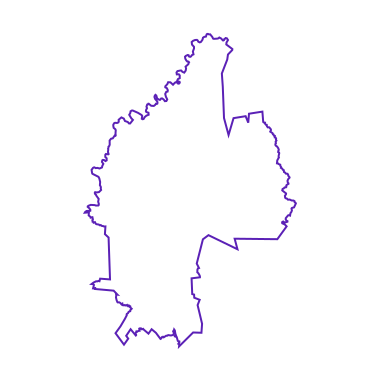 the district of Concordia, Sinaloa, Mexico, rotated 6°
{"feature_id": "50627088B76854514222016", "entity_name": "Concordia", "entity_type": "district", "adm_level": 2, "iso_a3": "MEX", "parent_name": "Mexico", "parent_adm1": "Sinaloa", "projection": "natural_earth1", "projection_center": [-106.025, 23.421], "detail": "fine", "context": "isolated", "style": "outline", "palette": "violet", "viewbox_px": 384, "rotation_deg": 6, "n_neighbors": 0, "source": "geoboundaries", "source_scale": "gbopen_adm2", "svg_char_len": 6016}
<svg xmlns="http://www.w3.org/2000/svg" viewBox="0 0 384 384"><g transform="rotate(6 192 192)"><path d="M260.6,119.8L259.6,118.7L259.3,117.4L258.5,117.4L257.5,116.4L257.2,116.0L257.3,115.4L256.0,115.3L255.5,114.9L253.6,104.7L240.5,108.2L240.7,117.2L237.4,111.0L225.6,114.2L222.4,131.5L216.1,115.1L211.6,84.0L209.3,71.0L213.2,56.6L213.4,51.5L217.2,46.6L217.2,45.6L210.7,41.7L210.7,39.7L211.9,37.1L210.6,35.5L209.3,35.4L208.9,36.1L208.2,36.4L208.0,37.5L207.4,38.0L206.8,38.0L205.0,36.3L203.0,35.5L202.2,36.4L201.2,36.8L197.7,37.4L196.9,37.2L196.0,35.7L193.6,33.3L192.5,33.5L191.4,33.1L190.6,33.2L190.1,33.7L189.6,36.0L188.0,36.4L186.8,37.4L186.5,39.5L185.2,41.8L184.1,42.4L182.6,41.9L181.7,40.6L181.0,40.2L179.2,40.5L177.3,41.5L176.0,42.9L176.6,45.4L178.8,47.4L179.0,49.0L178.2,52.2L179.1,55.0L177.7,55.8L176.8,57.3L176.0,57.8L174.8,57.5L174.3,56.3L173.4,56.2L171.6,57.3L170.9,58.2L171.4,60.1L172.6,61.8L173.7,62.7L174.9,62.7L175.5,63.3L175.2,63.8L175.1,65.0L174.7,65.6L172.5,68.0L173.2,69.8L173.0,72.0L171.8,74.1L169.9,73.5L168.6,72.3L167.7,72.4L164.9,73.3L164.1,74.8L164.6,76.6L166.6,76.3L167.6,77.3L167.9,80.1L166.2,81.2L165.8,82.3L166.5,83.6L168.1,83.7L168.4,84.3L168.2,85.0L167.8,85.5L166.9,85.7L164.9,84.1L164.3,84.8L163.6,85.0L161.9,87.3L159.1,85.2L156.8,85.3L156.2,87.3L154.4,89.7L154.5,90.7L156.2,91.4L157.3,93.3L157.2,94.7L155.9,95.1L155.1,97.3L156.1,100.0L157.7,102.5L157.0,104.2L155.5,104.5L154.3,103.1L152.7,102.1L151.6,102.2L150.6,103.7L149.9,103.7L147.6,102.7L146.4,99.8L145.5,99.2L144.9,100.1L144.7,101.4L145.6,103.3L147.7,105.3L148.3,106.3L148.3,107.7L147.8,108.1L146.9,108.0L146.3,109.2L145.0,110.4L142.4,110.5L139.7,108.7L139.3,108.8L139.2,109.4L138.3,109.7L137.8,111.9L138.5,113.3L137.8,115.1L137.7,116.4L138.2,117.2L140.4,117.7L140.8,119.7L138.7,120.8L137.1,122.5L136.2,124.5L135.1,124.8L134.4,124.4L134.5,121.5L133.8,120.7L130.0,118.9L124.7,117.2L123.8,117.2L122.5,118.1L122.3,120.1L121.5,121.8L123.9,125.0L125.7,126.5L123.3,130.3L122.2,130.4L120.8,129.1L117.9,128.4L116.5,126.1L114.0,125.2L111.5,127.8L111.8,129.6L111.5,130.5L110.2,131.2L108.3,131.2L107.4,131.7L106.7,133.3L106.8,134.4L107.4,136.4L109.2,137.6L109.7,138.5L109.8,141.7L110.2,143.8L110.0,144.1L109.3,143.8L107.6,146.9L105.9,147.5L104.7,149.4L105.2,153.6L104.9,154.8L104.2,155.7L104.3,156.8L104.0,157.7L104.3,158.7L104.2,160.9L105.1,163.0L104.8,163.3L102.4,163.2L101.9,164.0L102.1,166.2L103.6,167.4L103.8,169.5L102.7,170.3L101.2,169.4L100.0,169.4L99.5,169.8L99.3,171.5L100.9,173.3L100.1,175.3L99.9,177.0L97.6,178.3L95.5,177.9L93.7,178.3L92.4,177.7L91.9,177.8L91.1,178.3L89.8,180.5L90.7,183.7L91.1,184.3L97.4,186.7L98.4,188.2L99.6,191.6L99.7,194.9L100.6,196.1L100.9,196.9L100.8,197.7L101.4,199.5L99.5,201.8L97.3,202.4L95.7,202.3L95.4,203.1L96.0,204.3L96.9,204.9L97.2,205.6L99.9,208.6L99.7,211.5L100.6,213.6L100.6,214.7L100.3,215.2L97.7,215.5L96.7,215.2L92.7,215.4L90.5,216.5L89.8,217.2L89.8,217.7L91.7,219.0L92.8,220.4L92.8,221.3L89.1,221.9L87.8,223.1L87.5,223.8L91.6,223.0L91.7,226.1L93.7,227.4L93.9,228.1L95.6,227.5L96.3,229.6L95.8,230.4L96.3,231.2L96.2,231.9L96.8,232.1L97.3,232.8L98.6,232.1L99.7,233.7L100.4,234.0L102.6,234.1L104.0,234.8L104.7,234.4L106.0,235.2L107.4,235.2L108.0,235.5L109.5,235.3L109.8,243.0L113.8,246.0L119.6,287.5L109.7,287.8L109.3,290.4L108.3,290.2L107.1,290.8L106.0,290.8L103.5,292.4L101.8,294.0L103.3,294.0L104.2,294.7L103.7,298.1L105.6,297.7L105.5,298.6L124.4,298.3L128.5,301.8L127.2,301.7L127.5,302.9L127.4,304.8L128.3,307.4L129.3,309.3L129.8,309.6L131.0,309.3L132.1,309.7L133.5,311.0L134.4,310.3L134.6,311.0L134.3,311.5L134.7,311.8L135.5,311.6L136.2,311.9L137.0,311.4L138.0,311.8L139.2,311.1L139.5,311.7L140.2,311.6L140.4,312.3L141.0,312.3L141.3,311.5L142.6,312.2L142.6,312.5L142.1,312.8L144.2,314.4L142.9,316.1L143.0,317.0L141.5,317.8L141.0,319.2L139.9,320.1L139.8,320.9L140.0,321.4L138.6,325.0L134.9,333.1L130.7,340.4L140.3,350.9L143.9,344.5L141.6,341.9L145.3,334.9L151.1,340.6L151.4,340.2L151.3,339.7L150.7,339.3L150.6,338.6L151.2,336.7L151.6,337.1L153.1,335.8L154.4,335.5L153.8,333.4L154.5,333.0L155.0,333.6L155.8,333.1L156.6,333.8L157.7,333.2L158.4,333.9L163.5,337.4L166.2,332.7L170.8,335.8L176.0,341.4L176.5,341.1L177.1,339.6L178.1,339.5L178.3,339.0L179.1,339.0L179.3,339.3L181.4,337.6L182.2,337.6L183.3,336.8L186.1,336.9L188.5,336.0L188.6,334.8L189.0,334.2L188.7,334.0L187.8,332.6L188.1,331.8L188.5,331.3L188.6,330.6L189.4,331.5L190.2,334.5L191.1,336.4L190.3,336.8L190.1,337.4L192.0,337.9L193.4,341.5L194.0,341.9L195.0,341.9L195.2,342.7L194.3,344.4L195.8,345.0L195.3,345.8L195.3,346.9L207.8,331.6L216.1,331.0L215.8,322.0L209.4,303.9L210.9,298.4L205.3,296.9L204.8,293.8L202.9,293.5L200.6,277.9L208.8,276.0L208.7,275.1L208.3,274.2L206.9,272.2L205.7,271.3L205.5,268.6L205.9,267.4L206.9,266.9L204.2,262.7L207.8,237.9L212.9,233.2L243.2,244.2L239.3,234.0L281.8,230.0L289.7,216.3L287.7,214.6L285.1,213.7L284.8,213.3L284.9,212.4L285.8,211.8L286.5,212.3L287.7,212.6L290.0,211.6L290.0,211.0L288.8,210.5L288.0,209.3L288.0,208.2L290.0,205.2L290.8,204.9L292.0,205.2L292.1,202.8L292.8,201.7L293.3,200.0L292.7,198.0L293.1,197.4L295.1,196.6L296.5,192.5L296.1,191.9L295.2,191.5L294.9,190.4L293.9,189.9L291.9,190.0L290.0,189.3L288.2,189.6L287.0,188.6L285.7,188.4L285.2,187.8L284.8,186.1L285.7,184.5L285.7,183.6L281.6,181.0L281.8,179.5L282.9,178.8L283.6,177.8L285.0,177.5L285.3,177.0L285.1,176.0L285.3,175.2L287.1,173.8L287.0,173.2L286.3,172.6L285.8,171.0L286.3,169.2L287.5,167.6L287.5,167.2L286.0,165.7L285.8,164.8L285.1,163.9L283.4,163.9L282.6,163.0L281.4,162.5L281.0,160.7L280.0,160.4L279.4,159.4L277.9,158.7L278.1,158.0L277.1,156.7L276.9,155.6L275.0,155.1L274.6,154.6L273.5,154.6L273.5,151.6L274.8,148.6L274.5,148.3L274.4,146.8L274.7,144.5L274.5,143.7L273.6,143.4L273.5,142.4L273.9,141.0L273.3,139.6L271.9,137.9L270.7,137.3L270.0,136.5L269.9,135.6L270.4,134.7L269.9,133.4L270.6,132.0L270.0,131.3L270.1,130.2L269.5,129.2L268.6,129.1L268.5,127.7L268.0,127.8L267.0,126.2L266.4,126.2L265.9,125.0L263.5,123.8L264.1,122.1L263.7,121.2L262.0,119.6L260.6,119.8Z" fill="none" stroke="#5b21b6" stroke-width="2"/></g></svg>